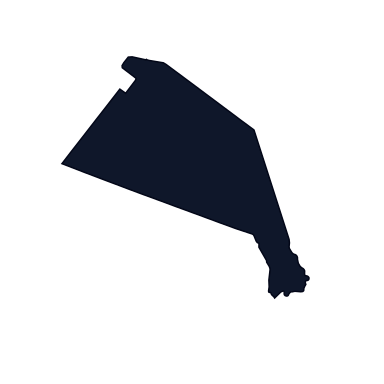 the Province of Mafraq, rotated 233°
{"feature_id": "JOR-850", "entity_name": "Mafraq", "entity_type": "Province", "adm_level": 1, "iso_a3": "JOR", "parent_name": "Jordan", "parent_adm1": "", "projection": "mercator", "projection_center": [37.07, 32.534], "detail": "fine", "context": "isolated", "style": "filled", "palette": "ink", "viewbox_px": 384, "rotation_deg": 233, "n_neighbors": 0, "source": "natural_earth", "source_scale": "10m", "svg_char_len": 1643}
<svg xmlns="http://www.w3.org/2000/svg" viewBox="0 0 384 384"><g transform="rotate(233 192 192)"><path d="M121.0,215.3L122.1,214.9L136.1,205.2L149.5,196.5L159.2,190.3L174.1,180.7L181.1,176.2L189.1,171.0L204.1,161.4L219.1,151.7L230.2,144.6L245.4,135.0L252.8,130.3L271.5,118.5L292.9,105.2L297.0,120.1L300.6,133.5L303.6,144.6L307.6,159.3L311.7,174.6L317.6,196.3L310.9,198.4L310.7,198.4L310.7,198.5L310.9,198.8L315.1,213.7L315.8,215.2L316.7,215.7L333.2,211.1L335.0,212.2L336.3,215.4L338.1,222.3L335.9,225.6L325.4,234.6L325.4,235.4L324.5,235.7L322.8,237.0L312.4,246.9L309.4,248.1L299.5,251.0L279.8,256.8L260.2,262.5L240.6,268.2L224.1,273.0L220.9,273.9L204.4,278.8L204.2,278.8L95.7,241.0L92.7,239.2L89.9,236.6L88.4,235.8L83.6,235.3L82.0,235.5L80.9,236.0L80.0,236.7L78.8,237.2L77.5,237.2L76.2,236.8L74.7,235.7L71.1,234.0L67.6,233.6L66.5,233.8L65.6,234.0L63.8,234.7L62.6,234.8L61.2,234.5L59.1,232.8L58.0,232.2L57.1,232.0L55.9,233.2L55.1,233.7L54.0,233.9L53.1,233.8L52.2,233.1L51.8,232.4L51.7,231.5L52.0,230.7L52.4,230.1L52.5,229.4L52.2,228.7L51.4,227.9L49.7,227.3L48.8,225.2L47.6,223.2L47.0,222.7L46.3,222.2L45.9,221.5L45.9,220.5L46.8,218.9L50.8,214.4L52.0,211.9L52.7,211.0L52.8,210.2L52.5,208.6L52.1,207.6L51.6,206.8L51.5,205.9L51.8,205.1L53.0,204.1L54.1,203.9L55.1,204.2L56.7,205.5L57.5,205.6L58.1,205.4L58.7,202.7L57.6,194.2L58.9,194.3L62.1,193.8L62.7,193.9L63.6,194.2L64.1,194.3L64.5,194.1L65.5,193.2L66.0,193.1L66.9,193.6L69.8,196.5L75.4,200.4L83.1,207.7L84.4,208.4L86.1,208.9L91.0,209.4L92.4,210.3L95.6,210.7L107.6,212.2L110.7,214.6L112.3,213.7L114.1,213.7L119.7,215.2L121.0,215.3Z" fill="#0f172a" stroke="#020617" stroke-width="1.5"/></g></svg>